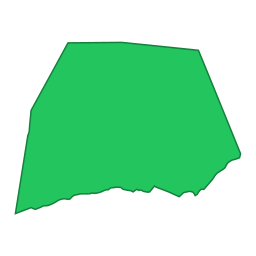 outline of Upanema, Rio Grande do Norte, Brazil
{"feature_id": "56859067B70479579251794", "entity_name": "Upanema", "entity_type": "district", "adm_level": 2, "iso_a3": "BRA", "parent_name": "Brazil", "parent_adm1": "Rio Grande do Norte", "projection": "albers", "projection_center": [-37.282, -5.615], "detail": "fine", "context": "isolated", "style": "filled", "palette": "green", "viewbox_px": 256, "rotation_deg": 0, "n_neighbors": 0, "source": "geoboundaries", "source_scale": "gbopen_adm2", "svg_char_len": 1055}
<svg xmlns="http://www.w3.org/2000/svg" viewBox="0 0 256 256"><path d="M198.4,50.3L121.7,42.4L68.0,42.9L57.1,62.9L39.4,95.2L31.1,110.4L29.6,126.1L29.1,132.1L27.8,135.7L15.4,213.6L31.1,207.6L33.1,208.6L35.5,209.3L41.0,207.1L43.3,205.9L46.2,205.7L47.9,205.6L51.7,204.1L55.7,202.0L58.7,200.1L61.4,199.2L64.1,198.7L67.9,199.3L69.8,199.1L72.4,196.5L74.3,195.2L77.1,194.7L80.2,193.9L89.4,193.8L92.3,193.0L95.0,193.4L98.6,192.7L100.9,192.0L104.0,190.6L106.0,189.9L108.4,189.7L110.6,187.9L114.0,187.6L116.8,187.1L121.0,187.5L123.0,189.3L128.3,190.4L130.9,190.7L133.1,191.9L136.8,189.3L138.7,190.4L141.0,190.0L143.5,191.4L147.9,192.2L149.7,191.9L154.4,186.1L156.1,187.1L168.6,191.9L179.2,196.7L183.6,192.6L188.7,191.5L190.4,191.4L193.3,192.3L195.2,195.6L197.2,194.3L198.3,192.5L199.5,190.8L201.2,189.2L203.8,189.4L212.4,179.5L215.5,174.8L217.1,173.2L218.8,172.0L221.2,170.5L222.7,169.6L224.7,168.1L227.5,163.2L229.0,161.9L231.8,160.2L235.8,159.1L239.5,157.8L240.6,153.8L221.1,105.8L210.8,80.5L198.4,50.3Z" fill="#22c55e" stroke="#15803d" stroke-width="1.5"/></svg>